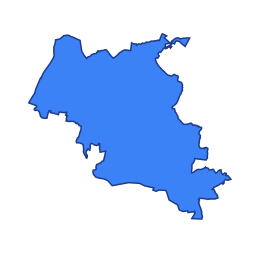 the district of Sieu-Magherus, Bistrita-Nasaud, Romania, rotated 352°
{"feature_id": "2599482B89364965460563", "entity_name": "Sieu-Magherus", "entity_type": "district", "adm_level": 2, "iso_a3": "ROU", "parent_name": "Romania", "parent_adm1": "Bistrita-Nasaud", "projection": "mercator", "projection_center": [24.401, 47.084], "detail": "fine", "context": "isolated", "style": "filled", "palette": "blue", "viewbox_px": 256, "rotation_deg": 352, "n_neighbors": 0, "source": "geoboundaries", "source_scale": "gbopen_adm2", "svg_char_len": 5816}
<svg xmlns="http://www.w3.org/2000/svg" viewBox="0 0 256 256"><g transform="rotate(352 128 128)"><path d="M175.5,218.4L175.7,220.1L179.2,220.1L180.1,219.9L180.7,220.0L180.9,220.4L181.6,220.4L182.4,219.9L182.5,220.4L182.5,221.7L178.5,226.6L188.4,228.4L188.6,228.3L188.6,227.5L189.2,226.7L189.4,226.1L189.0,223.2L189.3,221.3L188.7,217.2L188.0,214.7L187.8,213.2L187.9,212.0L187.5,211.0L187.5,210.7L188.5,210.1L188.6,209.8L188.6,208.7L188.0,208.3L189.3,207.4L190.4,207.9L192.7,208.2L195.0,209.1L198.3,209.8L198.6,209.6L204.4,210.4L207.4,209.7L207.1,208.1L207.1,206.9L205.3,204.1L205.3,203.0L204.5,200.8L203.0,200.7L202.8,200.5L204.7,198.9L209.6,197.2L212.1,196.0L212.7,196.0L213.5,195.6L213.9,196.1L214.2,196.8L215.2,196.3L214.8,195.2L215.3,195.3L215.6,195.1L215.7,194.0L217.3,192.5L217.7,192.5L219.1,193.6L219.6,193.7L221.3,193.3L222.5,193.3L222.8,193.1L222.3,192.6L222.1,191.8L220.3,189.2L220.0,188.9L218.5,189.0L218.2,188.7L218.1,188.4L218.3,187.7L219.0,187.2L218.9,186.7L217.6,186.0L216.5,186.6L215.7,187.4L215.1,187.2L214.4,185.7L214.5,184.9L214.1,184.1L214.2,183.4L214.5,182.7L214.3,182.5L213.1,182.2L211.1,183.3L209.7,184.6L208.8,184.8L208.5,184.6L208.3,184.0L207.6,183.2L207.0,181.3L206.6,180.7L205.8,180.7L203.4,181.1L202.9,181.0L202.4,180.6L202.0,179.3L200.4,178.3L199.6,178.2L199.3,177.4L198.3,178.2L195.3,179.2L193.1,179.1L191.7,178.7L190.7,178.9L188.4,179.9L186.5,181.1L184.9,181.3L184.9,179.7L185.6,177.3L186.3,172.8L187.2,172.3L189.3,169.7L189.9,167.6L200.9,170.6L202.5,168.6L202.7,166.1L203.1,165.3L203.3,163.8L203.3,161.9L203.7,160.9L204.1,160.5L204.2,160.0L204.0,159.0L202.5,158.1L202.2,158.4L200.9,158.2L200.9,159.0L197.1,158.1L196.5,157.6L195.7,155.3L197.6,148.1L198.1,148.1L198.6,145.8L198.7,145.4L197.8,144.3L197.6,143.8L197.6,142.7L198.1,141.5L198.9,140.6L200.4,139.5L200.9,138.4L200.9,137.7L198.2,136.9L198.4,136.2L196.7,135.6L196.8,135.2L193.3,134.1L193.2,134.5L192.8,134.4L192.3,133.8L191.8,132.5L190.9,131.9L188.3,132.4L185.5,132.5L183.3,131.9L182.4,130.3L181.8,129.8L181.6,129.1L179.3,126.0L179.0,125.1L179.1,123.7L177.6,119.6L177.1,118.9L177.0,118.4L176.8,116.5L176.9,115.7L175.2,114.9L174.7,115.0L174.8,113.8L174.7,113.1L178.1,111.4L179.4,110.3L180.9,108.3L183.8,103.0L185.3,101.5L185.9,100.0L186.7,99.0L187.3,98.1L187.0,97.0L187.8,95.5L187.2,94.5L187.9,93.6L188.0,92.9L187.8,92.0L187.2,90.4L186.6,89.9L185.7,89.7L184.6,88.7L183.9,88.3L183.8,88.0L183.8,87.1L184.8,84.8L184.9,84.3L184.6,83.5L184.3,83.2L182.4,82.3L181.4,81.3L178.1,82.7L176.2,81.7L175.6,81.6L174.1,80.4L173.2,79.4L171.9,77.4L169.7,74.9L169.2,73.8L167.9,72.3L166.1,69.3L166.0,68.5L165.5,67.8L165.0,65.4L164.5,64.4L165.1,63.0L165.8,62.3L166.6,63.0L167.4,62.7L168.6,61.5L168.9,60.7L168.4,59.9L168.2,59.0L168.2,58.6L168.8,57.9L169.8,57.2L170.4,57.2L170.8,57.6L171.1,57.5L172.0,56.4L172.8,55.9L173.5,54.9L175.4,53.4L175.7,53.4L175.9,54.6L177.8,54.5L178.1,53.8L179.6,53.4L181.0,54.0L181.3,54.3L181.3,54.7L182.6,53.6L182.1,53.3L182.0,51.8L182.3,51.2L183.0,50.4L183.5,50.8L184.3,50.4L185.7,51.3L187.1,49.1L187.7,48.7L188.4,48.7L189.1,48.7L190.7,49.4L191.7,50.3L193.3,52.6L193.8,52.9L195.9,55.2L201.6,47.5L199.6,47.1L194.0,46.8L192.2,47.1L191.2,46.1L189.9,45.7L189.0,45.6L187.7,45.8L185.2,47.0L184.0,48.4L183.5,48.0L181.7,50.2L181.2,51.9L176.7,53.5L176.0,53.0L176.4,52.5L176.6,50.0L179.4,50.0L181.2,49.4L176.5,43.8L177.5,42.9L179.1,42.2L177.6,41.0L175.0,39.5L173.0,42.6L171.3,45.8L170.9,45.7L170.2,45.1L169.7,45.4L168.1,45.4L167.5,45.6L166.7,45.3L166.1,45.6L163.4,45.2L160.6,45.9L159.1,45.8L158.1,45.4L157.5,46.1L156.3,46.3L155.4,46.7L154.5,45.9L153.4,46.2L153.2,46.6L152.6,47.0L151.9,46.8L151.7,46.5L149.8,46.2L148.0,47.3L147.8,47.2L147.9,46.6L147.7,45.8L146.6,45.8L144.9,45.3L143.4,44.2L141.4,51.7L135.8,50.2L134.2,50.6L132.6,51.1L131.3,51.9L129.9,52.4L128.3,53.9L125.7,55.6L123.0,56.8L120.8,53.6L118.8,49.8L117.5,47.7L116.5,47.4L115.5,47.4L115.1,47.7L112.4,47.6L111.2,47.8L110.8,48.3L110.6,47.9L109.9,48.1L109.7,48.0L109.4,47.5L108.6,47.6L108.6,48.2L108.2,48.5L107.4,48.9L106.8,49.8L104.8,49.8L102.3,50.2L101.1,51.3L100.2,51.8L98.4,52.0L97.6,52.4L96.7,53.4L94.2,49.1L93.4,46.6L92.9,45.7L92.7,34.6L85.8,30.2L84.5,29.7L82.4,28.1L80.9,27.6L77.1,27.6L76.4,28.3L72.6,30.4L68.6,30.6L67.7,34.0L65.9,37.4L65.0,43.5L65.0,45.8L63.7,48.4L60.4,52.6L51.9,61.6L48.7,66.7L48.3,66.4L42.3,76.3L40.2,80.9L36.8,84.7L33.2,89.3L40.1,93.0L40.1,93.8L40.3,94.0L40.2,94.8L38.5,95.5L37.7,96.4L37.8,97.1L38.7,97.8L40.1,97.6L41.6,98.4L42.2,99.3L42.5,100.1L42.5,101.0L43.0,102.9L42.8,103.6L43.2,104.6L44.0,105.2L44.4,105.9L45.1,106.3L46.1,106.4L47.7,107.0L49.1,106.9L51.1,101.6L51.4,101.6L52.2,100.0L54.0,100.5L53.3,102.0L56.6,103.1L60.9,105.1L62.1,102.6L67.2,104.0L67.8,103.8L69.5,104.0L68.0,106.4L69.3,107.1L68.7,107.4L69.1,107.9L69.2,108.3L68.6,109.0L68.0,111.5L68.3,111.5L67.9,112.7L68.2,112.7L68.4,112.4L69.1,112.6L69.5,113.2L73.8,113.6L74.8,113.9L76.6,115.1L77.1,116.2L77.5,116.5L78.3,116.7L78.3,116.1L78.6,116.2L79.4,117.5L79.8,117.9L79.9,118.9L80.9,119.1L81.8,119.7L81.2,123.1L79.9,125.5L78.4,129.1L77.2,130.8L76.5,130.8L74.8,134.0L75.2,135.6L78.1,136.0L80.5,137.5L81.2,138.3L81.1,143.8L80.7,144.3L80.5,145.4L81.4,148.8L82.3,150.2L82.2,150.9L82.5,151.9L83.0,152.1L83.6,151.0L83.8,150.1L83.8,149.2L82.9,147.5L82.9,146.8L83.7,144.5L84.0,144.7L85.5,143.1L86.7,144.6L87.0,144.7L87.9,142.1L88.1,141.3L88.0,140.4L88.3,139.5L89.0,138.4L90.2,138.2L91.9,139.8L94.3,140.9L95.8,141.0L97.1,139.1L97.8,139.7L97.0,144.4L97.0,148.1L102.6,147.8L101.4,151.6L99.2,157.1L97.7,157.3L96.3,158.6L91.8,159.9L90.8,162.1L91.0,163.3L90.2,164.9L87.7,164.9L87.1,166.6L87.4,169.1L89.2,172.1L92.5,173.7L96.7,174.9L100.7,177.3L104.3,182.9L121.1,182.2L131.7,184.4L136.5,187.6L145.2,190.9L144.0,192.9L147.1,194.6L150.0,193.8L156.3,194.9L157.2,196.1L158.7,205.0L166.5,211.1L167.3,216.1L168.3,216.9L170.7,218.2L175.5,218.4Z" fill="#3b82f6" stroke="#1e3a8a" stroke-width="1.5"/></g></svg>